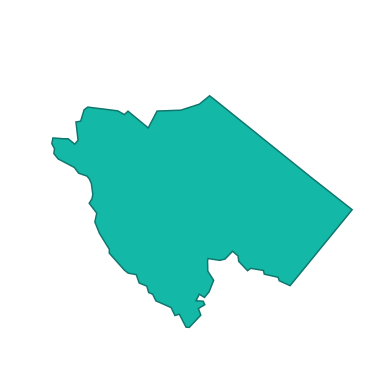 Saratoga, New York, United States of America, rotated 136°
{"feature_id": "52423323B97730067298662", "entity_name": "Saratoga", "entity_type": "district", "adm_level": 2, "iso_a3": "USA", "parent_name": "United States of America", "parent_adm1": "New York", "projection": "robinson", "projection_center": [-73.751, 43.087], "detail": "fine", "context": "isolated", "style": "filled", "palette": "teal", "viewbox_px": 384, "rotation_deg": 136, "n_neighbors": 0, "source": "geoboundaries", "source_scale": "gbopen_adm2", "svg_char_len": 1082}
<svg xmlns="http://www.w3.org/2000/svg" viewBox="0 0 384 384"><g transform="rotate(136 192 192)"><path d="M259.3,324.1L260.8,318.7L264.7,315.6L265.3,308.6L259.6,291.4L260.5,284.2L256.5,276.4L256.8,272.7L258.5,268.0L265.0,259.2L268.5,256.7L273.8,255.3L275.2,243.0L282.7,237.9L287.3,226.5L291.3,208.1L294.0,205.5L294.9,182.9L294.3,178.0L289.5,171.3L293.2,163.2L289.9,155.6L293.0,149.8L291.3,145.7L293.6,138.8L287.3,123.3L290.1,115.0L286.0,112.9L290.2,98.9L288.0,96.5L271.2,97.3L268.4,103.7L261.1,102.1L259.8,105.7L264.7,111.0L257.8,113.4L256.3,107.5L249.1,108.3L237.8,113.4L235.6,124.1L228.7,131.6L226.7,133.0L219.4,123.4L214.7,120.8L204.0,121.2L203.3,114.0L206.6,109.6L206.7,96.8L202.8,96.3L195.1,85.9L197.1,82.7L189.3,70.8L190.9,67.6L186.5,56.5L89.1,68.0L96.1,119.2L101.6,162.8L110.9,237.2L111.1,238.8L112.5,249.0L125.7,250.1L143.3,258.7L160.9,274.5L179.0,268.5L181.9,294.6L186.9,294.7L189.0,301.9L208.0,325.5L212.5,326.1L222.9,320.3L226.8,323.0L238.0,308.4L243.1,307.9L244.1,316.3L247.3,319.4L254.5,327.5L259.3,324.1Z" fill="#14b8a6" stroke="#0f766e" stroke-width="1.5"/></g></svg>